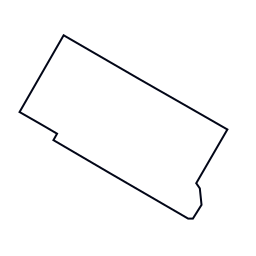 Martin, Indiana, United States of America (Natural Earth projection), rotated 300°
{"feature_id": "52423323B6145912014640", "entity_name": "Martin", "entity_type": "district", "adm_level": 2, "iso_a3": "USA", "parent_name": "United States of America", "parent_adm1": "Indiana", "projection": "natural_earth1", "projection_center": [-86.816, 38.7], "detail": "fine", "context": "isolated", "style": "outline", "palette": "ink", "viewbox_px": 256, "rotation_deg": 300, "n_neighbors": 0, "source": "geoboundaries", "source_scale": "gbopen_adm2", "svg_char_len": 344}
<svg xmlns="http://www.w3.org/2000/svg" viewBox="0 0 256 256"><g transform="rotate(300 128 128)"><path d="M176.1,25.9L87.6,26.1L87.7,53.4L87.6,69.4L80.2,69.5L79.8,134.8L79.6,225.3L82.0,229.5L98.2,230.1L111.6,220.4L114.3,214.7L176.4,214.8L176.3,178.6L176.1,134.8L176.0,113.1L176.1,25.9Z" fill="none" stroke="#020617" stroke-width="2"/></g></svg>